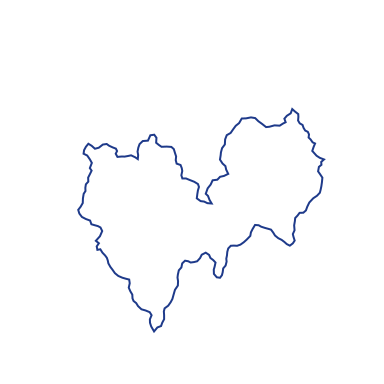 Sabará, Minas Gerais, Brazil (Robinson projection), rotated 42°
{"feature_id": "56859067B97215734889399", "entity_name": "Sabará", "entity_type": "district", "adm_level": 2, "iso_a3": "BRA", "parent_name": "Brazil", "parent_adm1": "Minas Gerais", "projection": "robinson", "projection_center": [-43.778, -19.845], "detail": "fine", "context": "isolated", "style": "outline", "palette": "blue", "viewbox_px": 384, "rotation_deg": 42, "n_neighbors": 0, "source": "geoboundaries", "source_scale": "gbopen_adm2", "svg_char_len": 3340}
<svg xmlns="http://www.w3.org/2000/svg" viewBox="0 0 384 384"><g transform="rotate(42 192 192)"><path d="M119.4,281.4L122.7,283.4L126.9,284.2L131.2,283.1L135.4,281.4L138.8,283.3L141.9,281.8L144.9,280.3L147.7,279.6L151.4,281.1L153.2,286.5L153.2,292.6L157.1,292.4L157.6,296.2L160.4,298.3L162.2,295.9L166.0,297.0L169.9,297.3L172.8,297.9L175.3,299.3L177.6,301.0L181.5,302.3L184.7,302.9L189.0,303.9L193.4,303.7L197.6,302.3L201.1,300.6L203.9,299.1L206.8,301.5L209.0,305.4L212.5,307.0L216.3,308.2L219.0,310.9L221.5,312.1L224.9,311.9L228.2,312.9L232.9,313.0L236.8,311.1L241.0,309.6L244.4,310.6L245.9,314.8L248.3,317.3L251.6,319.2L257.1,321.0L256.9,315.8L258.7,312.3L257.4,309.2L256.4,305.2L253.6,302.1L251.0,299.6L249.5,296.8L250.4,292.4L249.9,288.2L249.0,284.6L247.1,280.8L244.8,276.1L244.1,271.0L241.3,267.6L238.5,265.3L236.8,262.9L234.6,259.0L234.6,255.2L232.5,251.6L232.8,247.7L235.5,246.0L238.2,245.3L240.4,242.7L242.2,240.0L242.2,235.7L241.2,232.1L242.8,227.9L246.8,227.3L249.8,228.7L253.3,228.4L256.7,228.7L258.8,232.4L260.1,235.1L263.1,238.2L267.5,238.8L270.2,237.0L269.9,233.8L268.5,231.1L266.3,227.9L266.2,224.2L264.3,220.6L262.1,218.6L260.4,215.7L258.3,212.9L256.7,209.7L256.8,206.0L259.0,203.8L261.5,201.8L263.2,198.7L264.1,194.7L264.5,190.9L264.7,185.6L262.8,182.6L261.8,178.9L260.9,174.3L263.8,172.1L266.6,171.5L270.2,169.9L273.4,168.3L275.9,167.1L279.4,167.8L282.8,168.8L287.0,168.6L290.6,167.6L294.1,167.3L297.3,167.3L300.6,166.4L301.3,162.7L300.8,159.4L297.4,157.4L295.1,155.8L293.8,151.8L290.2,148.4L288.0,144.9L286.1,142.3L286.2,139.0L285.9,135.5L288.6,132.9L289.0,129.5L287.5,125.8L286.2,121.3L286.3,115.5L287.4,111.2L287.5,107.0L286.1,104.3L284.3,101.2L282.1,97.9L279.3,94.1L275.4,93.1L271.9,92.3L269.5,88.4L270.0,85.2L267.9,83.2L268.3,79.5L264.1,81.1L260.3,81.7L253.9,81.0L252.1,76.8L251.0,73.6L248.4,74.4L245.0,73.6L242.2,73.5L240.4,70.9L237.8,69.8L235.0,70.6L232.0,69.7L229.3,68.2L226.1,68.9L223.0,67.9L220.8,65.0L218.8,63.0L214.7,63.3L211.0,63.3L212.7,67.5L211.5,71.9L211.6,75.7L214.9,77.5L213.8,80.3L212.8,84.0L208.7,87.3L205.8,91.8L203.6,94.2L198.6,94.5L194.0,95.0L189.5,94.8L185.9,97.1L182.9,101.1L179.8,104.1L180.9,109.3L180.2,113.5L180.6,117.6L181.2,122.3L179.8,126.5L181.4,130.7L184.6,134.7L185.0,139.3L187.0,143.2L188.7,145.5L191.1,149.2L195.6,150.4L199.5,150.4L202.4,152.5L206.8,154.3L205.0,158.7L202.7,161.9L202.6,165.9L199.5,169.5L200.9,174.0L201.2,178.8L203.4,184.1L206.5,184.2L210.2,186.1L214.3,187.4L210.9,190.0L207.4,191.0L204.5,193.0L199.8,193.5L197.3,189.9L195.3,186.8L193.8,183.6L191.1,182.1L186.8,182.9L182.0,184.7L178.6,185.9L175.8,188.4L172.9,186.7L170.7,182.9L168.4,181.1L165.4,179.6L161.6,181.2L158.6,179.2L156.4,176.2L153.1,174.3L149.8,172.3L146.5,172.3L142.8,175.2L139.1,178.8L136.1,179.2L132.4,179.4L129.3,175.5L125.6,174.7L123.1,177.7L124.9,183.3L121.3,187.1L121.0,191.5L122.4,194.9L124.5,198.4L127.3,200.6L129.7,203.8L126.6,204.2L122.2,205.5L120.4,208.0L118.3,210.7L115.9,212.8L113.1,215.8L109.7,214.6L108.9,211.7L106.4,210.7L103.3,211.9L99.4,213.1L96.5,213.4L94.0,216.4L93.1,221.5L90.9,224.8L86.5,224.8L82.7,225.5L82.9,229.4L83.8,233.1L85.8,236.1L89.7,235.0L94.3,236.1L98.1,237.4L100.1,242.6L103.1,243.3L104.0,246.4L105.2,250.8L108.0,253.7L108.0,257.3L109.9,260.2L112.2,262.6L112.7,265.8L115.2,269.7L118.2,273.3L119.1,277.5L119.4,281.4Z" fill="none" stroke="#1e3a8a" stroke-width="2"/></g></svg>